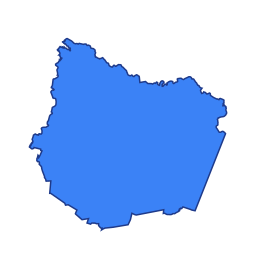 the district of Frontera Comalapa, Chiapas, Mexico, rotated 352°
{"feature_id": "50627088B89895407901700", "entity_name": "Frontera Comalapa", "entity_type": "district", "adm_level": 2, "iso_a3": "MEX", "parent_name": "Mexico", "parent_adm1": "Chiapas", "projection": "albers", "projection_center": [-92.074, 15.782], "detail": "fine", "context": "isolated", "style": "filled", "palette": "blue", "viewbox_px": 256, "rotation_deg": 352, "n_neighbors": 0, "source": "geoboundaries", "source_scale": "gbopen_adm2", "svg_char_len": 5624}
<svg xmlns="http://www.w3.org/2000/svg" viewBox="0 0 256 256"><g transform="rotate(352 128 128)"><path d="M74.6,33.6L75.3,33.8L76.1,34.7L76.3,35.2L76.8,35.4L77.2,36.1L77.8,36.0L78.9,38.2L80.1,38.7L80.1,39.5L80.4,39.7L80.5,40.2L81.9,40.9L81.9,41.6L81.4,42.5L81.8,43.0L81.5,43.5L81.4,43.5L81.1,43.2L81.2,42.6L80.6,41.9L80.4,41.8L80.0,42.1L79.4,42.0L78.3,41.1L78.1,40.6L76.8,40.0L76.2,39.1L76.0,40.0L75.6,40.0L74.8,38.7L74.6,38.6L74.8,39.4L74.6,39.5L74.0,38.9L73.4,38.9L72.8,38.5L72.4,38.4L72.4,38.1L72.1,37.9L71.3,38.6L71.0,39.1L68.9,40.8L69.0,41.0L69.1,40.8L69.4,40.8L70.0,41.3L70.3,42.1L70.0,42.2L70.7,43.4L71.0,44.4L70.9,45.0L70.6,45.7L70.4,45.8L70.1,45.7L69.8,46.0L70.2,46.0L70.6,46.7L70.4,47.1L70.8,47.6L71.0,48.7L70.7,49.7L71.3,49.4L71.4,49.5L71.9,49.4L72.2,49.6L72.0,50.0L70.1,51.8L69.7,51.8L69.5,51.5L69.4,52.1L68.8,52.3L67.8,53.6L66.9,53.8L65.2,54.7L65.1,55.7L65.3,56.0L66.7,57.3L67.2,58.2L66.8,59.1L65.9,60.2L65.7,60.9L65.9,63.5L65.8,65.3L65.4,65.7L65.7,65.8L66.1,66.5L66.1,66.9L65.4,67.9L62.6,69.0L61.6,69.2L61.4,69.1L61.0,69.1L60.6,69.5L59.0,75.4L57.7,77.0L57.7,77.5L59.0,78.3L60.1,79.6L59.6,80.2L58.4,79.9L57.3,80.7L56.6,81.6L57.7,86.5L57.8,87.7L58.2,87.8L58.8,88.4L59.9,88.5L60.5,89.2L60.5,92.0L59.9,94.8L59.6,95.3L58.4,96.3L56.4,96.9L56.0,97.1L55.8,97.4L54.7,100.7L54.3,101.2L54.3,101.5L54.9,102.0L55.1,102.7L55.0,103.2L54.5,103.3L52.6,104.5L52.0,105.3L50.2,109.6L49.2,110.5L48.7,111.9L48.7,113.2L49.6,114.0L49.6,114.5L49.2,114.9L48.1,115.2L47.1,115.8L43.8,115.5L42.5,115.9L42.1,116.4L42.1,116.8L42.5,118.8L42.3,119.7L42.0,121.2L41.3,121.9L40.8,122.0L40.0,121.5L39.0,121.4L38.5,122.5L38.0,122.6L37.7,122.2L37.2,122.0L36.7,122.0L35.3,121.0L33.4,121.9L32.7,123.7L31.5,125.9L31.9,127.4L31.9,128.2L31.0,129.0L31.3,129.1L30.9,129.5L30.6,129.4L30.2,129.8L30.5,129.9L30.0,130.2L30.3,130.3L29.9,130.7L29.4,131.7L29.0,131.6L28.9,131.9L28.5,131.7L28.0,132.5L28.4,132.7L27.9,133.4L28.5,133.8L29.2,134.7L29.9,135.3L30.8,135.3L31.9,134.9L32.2,134.9L32.3,135.2L32.4,134.3L38.6,136.8L38.5,138.1L39.6,138.7L37.3,142.5L35.3,145.2L34.9,144.7L35.7,143.4L35.1,142.4L34.1,144.9L33.6,145.5L33.2,147.5L33.2,147.8L34.1,148.9L34.9,148.8L35.4,149.4L35.5,150.5L35.0,151.3L35.1,151.7L36.2,153.1L37.0,154.6L36.9,155.9L37.3,158.8L38.6,164.4L38.4,165.4L39.3,167.2L39.5,169.2L44.2,169.7L41.4,181.8L42.3,181.9L54.9,193.6L55.4,195.7L58.1,195.7L66.0,202.1L64.0,205.5L64.1,205.9L69.7,212.4L76.3,212.2L74.2,216.4L77.6,218.0L78.9,217.1L82.1,217.6L83.5,218.4L85.6,218.6L85.3,220.2L85.8,221.4L87.1,223.2L87.8,223.6L88.3,223.6L87.7,225.0L88.5,224.5L88.2,225.0L89.6,224.4L91.4,223.9L99.5,224.2L114.6,223.8L117.6,219.2L120.0,213.0L122.6,214.7L124.0,215.3L152.0,213.9L151.1,217.5L151.7,217.4L152.5,217.6L154.2,218.9L155.1,219.2L158.5,219.7L159.5,219.6L160.5,219.0L161.9,219.3L162.6,219.2L163.7,218.6L166.4,217.7L166.9,217.4L167.1,217.3L166.7,217.0L167.0,216.4L167.4,216.1L167.6,216.5L168.0,216.2L168.1,215.9L167.9,215.3L168.5,215.2L168.6,214.9L169.0,214.8L169.1,215.1L169.9,215.3L171.4,213.8L178.3,217.2L179.7,218.1L182.9,219.3L223.8,147.2L223.0,145.8L221.5,144.5L220.6,144.5L219.0,145.1L217.8,144.9L217.5,144.4L216.3,141.6L215.5,140.1L215.4,139.4L215.6,138.5L216.3,138.0L217.2,137.7L217.4,137.3L217.6,136.6L217.6,135.8L217.9,134.9L217.8,133.9L217.9,132.8L217.7,131.8L218.6,131.0L218.8,130.5L219.4,130.6L220.3,130.2L221.7,130.0L224.0,130.0L224.9,129.8L226.5,128.8L227.1,127.8L227.5,127.6L227.8,126.7L227.8,125.8L227.4,124.0L227.6,123.0L228.1,121.9L227.7,121.2L227.9,120.4L227.0,119.6L226.7,119.0L226.0,119.2L225.1,119.2L225.2,118.5L226.0,117.8L225.7,117.4L225.6,117.1L225.8,116.9L226.3,116.9L226.6,116.5L226.5,115.9L226.9,113.8L226.0,113.0L223.5,111.6L222.8,111.7L222.0,112.6L220.7,111.7L220.3,111.8L219.7,111.5L217.0,109.7L214.2,107.2L214.3,105.6L214.1,105.1L213.6,104.7L211.9,105.2L210.9,105.3L210.4,104.9L209.7,103.7L208.2,102.9L208.2,103.1L207.9,103.3L206.9,103.9L205.9,104.1L205.4,103.0L205.0,101.1L205.2,100.6L206.8,98.9L206.2,98.7L204.9,97.6L204.4,97.0L204.3,96.1L203.4,95.4L203.0,95.3L202.1,92.8L201.4,92.0L199.9,88.8L199.2,88.4L198.2,88.4L197.8,87.1L197.3,86.4L196.6,85.9L195.4,85.7L193.7,86.3L191.2,87.0L190.1,87.6L189.5,87.7L188.4,87.0L187.6,86.2L186.6,86.0L184.5,86.1L184.4,86.0L183.6,86.4L183.7,88.5L183.6,88.9L182.7,89.3L181.5,89.3L179.7,90.3L179.3,90.3L179.0,90.0L178.7,89.3L178.8,88.4L178.7,88.2L177.4,87.6L176.4,87.5L174.8,87.9L172.7,89.0L173.1,89.8L172.6,90.8L172.2,90.8L172.0,90.4L170.7,89.6L168.4,91.6L167.7,91.5L167.8,89.8L169.9,87.9L170.0,87.7L169.9,87.3L169.0,86.2L168.0,86.1L167.0,86.6L165.7,88.3L165.1,90.1L164.2,89.7L163.4,88.8L163.5,88.0L163.8,87.6L163.0,86.6L162.6,86.5L161.5,87.6L160.3,87.1L158.5,87.9L157.4,87.3L153.8,86.7L151.8,84.4L146.1,84.6L146.3,79.0L146.2,78.3L145.5,77.9L144.9,77.1L143.9,76.5L142.1,77.1L141.1,77.9L140.2,77.6L139.8,76.7L139.3,76.2L138.7,76.1L138.2,76.6L137.7,76.6L137.2,76.5L135.7,75.7L135.3,75.0L135.1,74.4L135.0,73.4L134.6,72.6L134.6,71.9L134.4,70.9L133.3,69.6L131.4,67.0L130.7,66.6L130.2,66.0L130.2,65.3L129.8,64.5L129.0,64.2L127.3,63.9L124.9,65.1L124.6,65.2L124.1,65.1L123.4,64.1L122.7,63.9L122.1,64.3L121.2,65.4L120.0,65.2L118.2,63.8L117.8,62.7L117.8,61.9L117.5,61.1L116.0,60.4L114.5,57.3L113.6,56.4L113.4,55.7L112.6,54.8L110.8,55.4L109.8,55.3L109.5,55.6L107.4,54.3L106.6,53.4L105.7,53.3L105.5,52.5L105.6,51.8L105.4,50.8L106.3,49.2L106.4,48.6L105.9,47.5L106.2,46.8L106.1,46.0L104.8,44.6L102.5,43.8L102.3,43.4L102.1,41.8L101.7,41.2L100.3,40.4L99.1,40.6L98.1,39.0L96.2,38.8L95.6,39.0L91.4,37.4L90.3,38.0L89.2,37.2L87.7,37.3L86.1,36.4L85.0,34.8L83.9,33.7L80.3,31.0L79.5,31.0L78.6,31.5L77.6,33.1L77.2,32.4L76.9,32.8L77.0,33.4L74.6,33.6Z" fill="#3b82f6" stroke="#1e3a8a" stroke-width="1.5"/></g></svg>